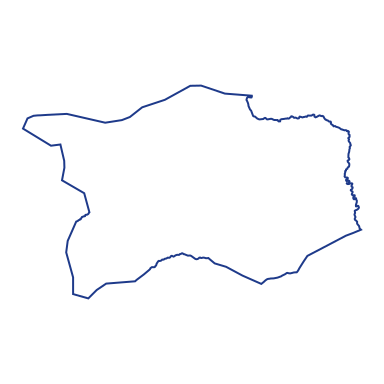 Erdenebu'ren, Hovd, Mongolia (Natural Earth projection)
{"feature_id": "93677404B52597383126449", "entity_name": "Erdenebu'ren", "entity_type": "district", "adm_level": 2, "iso_a3": "MNG", "parent_name": "Mongolia", "parent_adm1": "Hovd", "projection": "natural_earth1", "projection_center": [91.409, 48.452], "detail": "fine", "context": "isolated", "style": "outline", "palette": "blue", "viewbox_px": 384, "rotation_deg": 0, "n_neighbors": 0, "source": "geoboundaries", "source_scale": "gbopen_adm2", "svg_char_len": 6013}
<svg xmlns="http://www.w3.org/2000/svg" viewBox="0 0 384 384"><path d="M33.5,115.8L27.5,118.4L23.0,128.6L51.0,145.7L60.4,144.5L64.2,160.8L64.4,167.7L62.0,180.3L84.2,193.2L89.4,212.3L88.9,212.8L88.4,213.8L87.8,214.3L87.0,214.7L85.9,214.8L85.5,214.9L85.2,215.4L85.0,216.1L84.7,216.2L84.4,216.3L83.8,216.3L83.4,216.4L83.1,216.6L82.4,217.0L81.9,217.1L81.8,217.4L81.2,218.2L81.0,218.8L80.7,219.1L80.2,219.2L80.2,219.5L79.6,219.8L78.6,220.2L78.3,220.4L78.1,220.7L77.7,221.0L76.2,221.6L67.7,240.9L66.2,252.4L73.1,277.4L73.1,294.1L88.3,298.4L96.7,290.0L106.2,283.6L135.1,281.3L136.6,279.9L143.9,274.4L148.9,270.2L149.8,269.4L150.1,269.0L150.3,268.4L150.8,267.9L151.8,267.2L152.1,267.1L152.7,267.2L154.2,267.2L154.6,267.1L155.0,266.8L155.4,266.0L156.1,265.5L156.7,263.5L157.5,262.4L158.0,261.5L158.8,260.9L159.8,261.0L161.1,260.6L161.7,260.1L162.2,259.6L162.5,259.6L163.2,259.6L163.7,259.6L164.7,258.8L165.1,258.7L165.5,258.7L166.0,258.6L166.7,258.3L167.6,257.7L168.2,257.7L169.2,257.8L169.8,257.5L170.2,257.3L170.8,256.3L171.4,255.9L172.1,255.9L173.2,256.5L173.6,256.6L174.5,256.1L175.4,255.4L176.8,254.9L177.9,254.8L178.7,254.9L179.2,254.8L179.6,254.5L179.9,254.1L180.9,253.9L181.9,253.3L182.5,253.3L183.1,253.7L183.5,254.1L184.1,254.1L186.8,255.2L187.8,255.6L188.4,255.6L190.0,255.5L190.5,255.6L191.3,256.0L195.3,258.9L196.3,259.2L196.7,259.2L197.6,259.0L198.5,258.5L199.3,257.7L199.7,257.6L200.3,257.6L200.7,257.9L201.4,258.0L202.0,257.9L202.6,257.7L203.6,257.6L204.6,257.8L205.9,258.2L207.3,258.2L208.3,258.0L208.9,258.5L209.9,259.4L214.7,263.4L226.1,266.8L242.5,275.6L261.3,283.9L262.8,282.7L263.6,282.1L264.1,281.6L265.3,280.5L266.5,279.6L267.2,279.2L268.1,278.9L269.8,278.7L270.7,278.5L273.4,278.4L274.1,278.3L277.6,277.6L281.2,276.3L282.0,275.7L282.6,275.4L284.9,274.3L286.8,273.0L287.3,272.9L289.0,273.3L290.2,273.4L291.9,273.0L293.7,272.5L294.5,272.4L296.7,272.3L297.3,271.7L298.2,270.4L299.5,268.0L303.8,261.2L307.4,255.9L345.9,235.7L352.8,233.1L361.0,229.7L360.7,229.4L360.1,228.9L359.7,228.5L359.5,227.9L359.3,227.0L359.1,226.2L358.7,225.6L357.4,224.1L357.1,223.4L357.1,221.7L356.2,220.7L355.2,220.0L354.8,219.4L354.8,218.5L355.4,217.4L355.4,216.7L354.8,215.6L354.5,214.5L354.7,213.8L355.1,213.0L354.8,211.3L354.8,210.8L355.3,210.4L356.3,210.0L357.2,209.6L358.0,209.0L358.7,208.1L358.9,207.3L358.7,206.8L358.4,206.5L358.3,206.0L357.9,205.8L356.5,206.4L356.0,206.3L355.9,205.4L356.0,204.6L356.8,202.1L356.8,200.5L356.0,199.3L356.1,198.4L355.8,198.2L355.6,198.2L355.0,199.0L354.7,199.2L353.9,199.2L353.6,198.9L353.4,198.6L353.3,198.1L353.3,197.5L353.4,197.2L353.7,197.0L354.3,196.8L354.6,196.4L354.7,195.8L354.7,195.4L354.3,195.2L353.8,195.2L353.2,195.2L352.5,195.2L352.1,194.8L351.8,194.3L351.9,193.8L352.3,193.0L352.6,192.2L352.5,191.6L351.2,190.8L350.8,190.3L350.9,189.8L351.6,189.5L352.3,188.7L352.6,187.8L352.6,187.3L351.7,186.7L351.5,186.3L351.5,185.8L352.1,184.5L352.3,183.8L352.0,183.4L351.1,183.3L350.1,183.5L349.0,184.0L347.9,184.1L347.2,183.9L346.8,183.5L346.9,183.2L348.1,183.2L348.7,182.8L349.4,182.0L349.5,181.4L349.2,180.9L348.6,180.6L346.8,181.1L346.5,181.0L346.1,180.5L346.1,179.9L347.5,179.0L347.8,178.4L347.7,177.8L347.1,177.5L346.1,177.5L345.3,177.4L344.9,176.9L344.6,176.5L344.7,175.9L344.9,174.9L344.7,174.0L345.2,172.5L345.2,171.1L345.8,170.8L346.0,170.5L346.0,169.8L346.1,169.4L347.4,168.7L347.5,168.1L347.7,167.5L348.4,167.0L349.0,166.6L349.3,165.0L349.3,163.9L348.8,163.0L347.8,161.8L347.6,160.8L348.0,160.4L348.9,159.9L349.3,159.4L349.3,158.9L348.9,157.9L348.4,157.5L348.4,156.1L348.5,153.9L349.1,152.0L349.3,150.8L349.4,149.4L349.9,148.2L349.9,147.8L349.6,147.1L349.8,146.6L350.2,146.2L350.5,145.8L350.6,145.4L350.8,145.1L350.4,144.5L350.3,143.5L350.2,143.1L348.8,141.3L348.7,140.8L348.6,140.5L348.8,139.9L349.0,139.6L349.0,139.2L348.8,138.9L348.5,138.6L348.3,138.2L348.4,137.9L349.1,137.4L349.5,137.0L349.6,136.3L349.4,135.9L349.6,135.2L349.5,134.8L349.1,134.5L348.8,134.3L348.6,134.0L348.5,132.9L348.6,132.5L348.7,132.1L348.9,131.9L348.6,131.4L348.3,131.1L347.8,131.0L347.4,131.2L346.9,131.1L346.6,130.5L345.9,130.2L345.5,130.2L344.6,130.3L344.1,130.2L343.7,130.0L342.6,129.7L342.0,129.4L341.3,129.4L340.9,129.1L340.4,128.7L339.3,127.9L338.7,127.6L338.1,127.4L336.9,127.0L336.4,126.9L335.9,126.7L335.2,126.1L334.9,126.1L333.6,126.3L333.4,126.1L333.3,125.9L333.3,125.6L333.1,125.4L332.7,125.1L332.1,124.7L331.5,124.4L331.1,123.9L330.9,123.6L330.8,123.1L331.0,122.7L330.9,122.2L330.7,121.7L330.1,121.5L329.3,121.6L328.8,121.4L327.7,120.4L326.9,120.3L326.2,119.9L326.0,119.7L325.6,119.7L324.5,118.5L323.4,116.4L322.9,116.1L322.5,116.1L322.1,115.9L321.6,116.1L321.1,116.0L320.6,115.8L319.8,115.4L319.0,115.6L316.5,117.0L315.5,117.3L314.5,116.6L314.4,115.9L314.4,115.1L314.0,114.7L313.3,114.6L312.8,114.7L312.0,115.3L311.4,115.6L309.1,115.6L308.3,115.5L307.8,115.6L307.5,115.9L307.2,116.5L306.7,116.8L305.9,116.5L304.1,117.0L303.6,117.0L302.7,117.4L301.8,117.2L300.9,116.9L300.4,116.9L300.1,116.7L299.6,116.7L299.3,117.2L299.0,118.0L298.8,118.3L297.7,118.5L297.3,118.4L296.6,118.1L295.9,117.7L295.4,117.6L294.3,117.8L293.9,117.7L293.5,117.2L293.1,116.9L291.8,116.3L291.2,116.4L290.8,117.1L290.0,117.6L289.0,118.5L288.2,118.6L287.7,118.5L287.4,118.3L286.7,118.6L285.8,118.6L284.1,118.9L281.5,119.2L280.4,119.7L280.1,120.6L280.1,121.3L279.3,121.4L278.7,121.4L278.1,120.9L277.8,120.2L277.5,120.0L276.3,120.1L275.5,120.0L274.2,120.0L272.6,119.3L271.9,118.9L271.1,118.8L270.2,118.9L267.7,119.4L266.9,119.3L265.5,118.0L265.0,117.9L264.3,118.2L263.2,119.0L259.6,119.4L258.7,119.2L257.2,118.5L255.7,117.2L255.0,116.6L253.6,116.3L253.1,115.9L251.1,110.6L250.5,110.0L250.0,109.4L248.5,106.0L248.3,104.3L247.9,102.9L247.0,100.8L246.6,100.2L246.5,99.9L246.6,99.4L246.7,99.0L247.0,98.0L247.3,97.6L247.8,97.2L248.7,97.1L249.1,97.2L250.1,97.4L251.1,97.5L251.5,97.4L251.9,96.4L251.8,95.7L224.9,93.6L201.1,85.6L190.3,85.8L164.9,99.8L142.2,107.3L129.9,117.0L121.9,120.1L105.2,122.7L66.8,113.9L51.0,114.7L47.0,114.9L40.6,115.3L37.5,115.4L33.5,115.8Z" fill="none" stroke="#1e3a8a" stroke-width="2"/></svg>